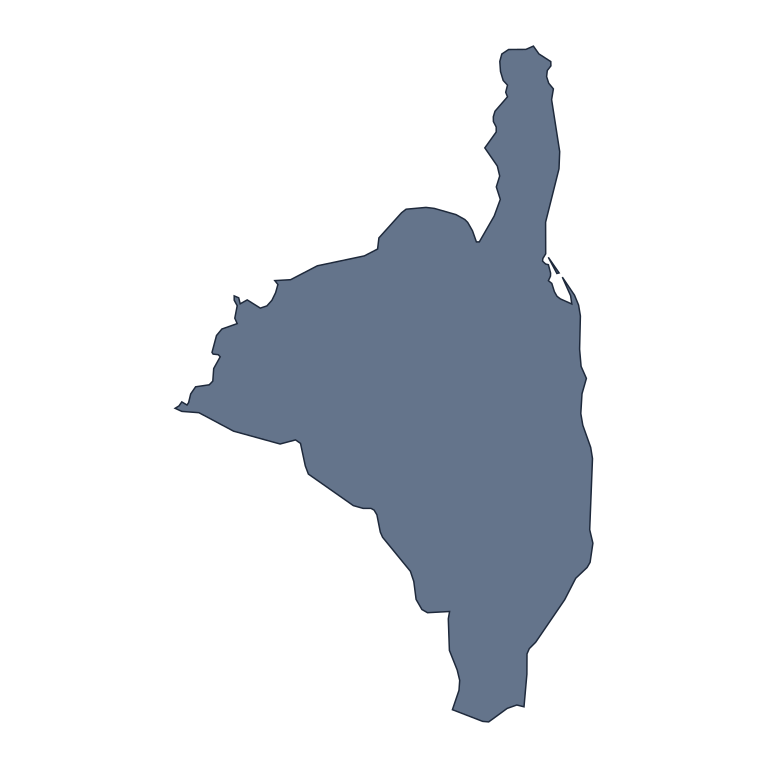 Haute-Corse, Albers equal-area conic projection
{"feature_id": "FRA-5297", "entity_name": "Haute-Corse", "entity_type": "Metropolitan department", "adm_level": 1, "iso_a3": "FRA", "parent_name": "France", "parent_adm1": "", "projection": "albers", "projection_center": [9.18, 42.426], "detail": "medium", "context": "isolated", "style": "filled", "palette": "slate", "viewbox_px": 768, "rotation_deg": 0, "n_neighbors": 0, "source": "natural_earth", "source_scale": "10m", "svg_char_len": 1915}
<svg xmlns="http://www.w3.org/2000/svg" viewBox="0 0 768 768"><path d="M175.1,408.3L179.0,405.9L181.8,401.9L187.0,405.0L188.6,402.6L190.7,393.9L195.6,386.8L209.2,384.8L212.8,381.1L213.7,368.5L220.2,356.8L218.3,354.7L213.1,354.1L212.0,352.4L216.5,335.5L221.9,329.0L237.2,323.6L234.8,318.2L237.2,305.7L234.2,300.2L234.2,295.9L238.7,297.8L240.2,303.8L247.2,299.9L260.3,308.1L266.9,305.9L271.9,300.3L275.6,292.7L277.9,284.5L274.8,280.6L290.6,279.7L317.3,265.8L364.3,255.9L377.6,249.0L378.9,237.9L401.6,212.7L406.1,209.2L426.0,207.4L434.3,208.4L456.0,214.6L464.8,219.5L467.7,222.4L472.5,230.8L476.4,241.9L479.3,241.9L494.2,216.0L500.3,199.4L496.3,186.9L499.7,176.0L497.3,166.0L484.8,147.9L496.2,132.0L496.2,127.0L493.4,121.6L493.3,116.8L495.0,111.2L507.5,96.8L505.7,92.3L507.5,85.1L503.2,80.5L500.5,71.5L499.8,61.4L501.8,54.0L508.6,49.5L525.9,49.4L533.4,46.1L538.9,53.9L550.8,61.6L550.9,65.9L547.3,70.5L546.6,76.6L548.7,83.2L553.4,88.9L551.6,99.6L559.7,151.6L559.0,168.8L545.6,222.2L545.7,253.8L542.8,258.6L542.6,261.2L545.6,264.0L548.4,264.7L550.6,273.1L550.5,276.1L548.4,280.7L551.8,283.4L554.4,291.7L557.0,296.3L560.4,298.9L571.8,304.0L570.6,295.7L562.3,277.1L574.5,295.2L578.6,305.1L580.4,316.0L579.6,349.2L581.1,366.4L586.4,378.4L582.0,393.8L580.8,413.5L582.8,425.2L590.7,447.4L592.5,458.6L589.7,529.7L592.9,543.2L590.1,562.3L587.1,567.5L575.7,578.3L564.7,599.7L535.7,642.2L529.3,648.6L527.0,653.9L526.9,674.2L524.0,706.8L516.8,705.0L507.2,708.4L488.7,721.9L482.7,721.4L452.4,709.7L459.0,690.3L459.7,680.4L457.2,670.0L449.4,650.4L448.3,618.8L449.6,611.5L427.5,612.7L421.9,609.5L416.1,599.4L413.8,581.5L410.4,571.3L382.6,537.3L380.3,532.1L376.9,514.8L374.1,510.1L371.0,508.4L363.2,508.4L353.3,505.6L308.4,474.1L305.3,465.9L300.5,443.4L295.5,439.9L280.1,444.0L233.6,431.2L198.9,412.7L181.8,411.4L175.1,408.3ZM548.3,257.3L559.1,272.9L556.9,273.5L548.3,257.3Z" fill="#64748b" stroke="#1e293b" stroke-width="1.5"/></svg>